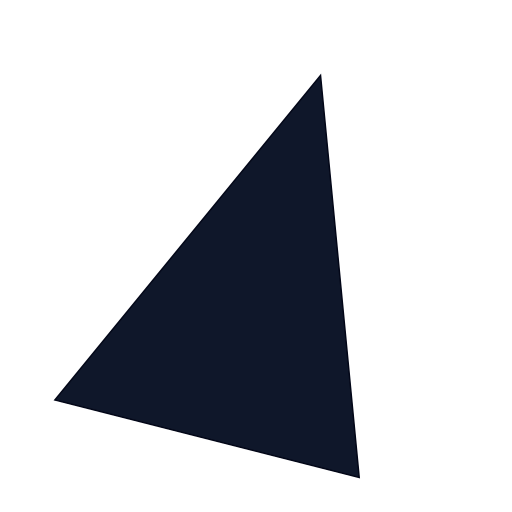 the border of Anabar, rotated 285°
{"feature_id": "NRU-4979", "entity_name": "Anabar", "entity_type": "state/province", "adm_level": 1, "iso_a3": "NRU", "parent_name": "Nauru", "parent_adm1": "", "projection": "orthographic", "projection_center": [166.943, -0.497], "detail": "fine", "context": "isolated", "style": "filled", "palette": "ink", "viewbox_px": 512, "rotation_deg": 285, "n_neighbors": 0, "source": "natural_earth", "source_scale": "10m", "svg_char_len": 214}
<svg xmlns="http://www.w3.org/2000/svg" viewBox="0 0 512 512"><g transform="rotate(285 256 256)"><path d="M64.9,99.0L447.1,271.6L68.8,413.0L64.9,99.0Z" fill="#0f172a" stroke="#020617" stroke-width="1.5"/></g></svg>